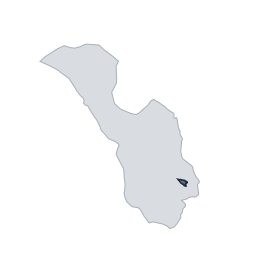 location of Kubulu pag., Balvu, Latvia, rotated 53°
{"feature_id": "27541924B35853557519757", "entity_name": "Kubulu pag.", "entity_type": "district", "adm_level": 2, "iso_a3": "LVA", "parent_name": "Latvia", "parent_adm1": "Balvu", "projection": "robinson", "projection_center": [27.241, 57.178], "detail": "fine", "context": "in_parent", "style": "filled", "palette": "slate", "viewbox_px": 256, "rotation_deg": 53, "n_neighbors": 0, "source": "geoboundaries", "source_scale": "gbopen_adm2", "svg_char_len": 3027}
<svg xmlns="http://www.w3.org/2000/svg" viewBox="0 0 256 256"><g transform="rotate(53 128 128)"><path d="M186.9,173.4L185.4,173.2L181.2,172.0L177.6,170.3L175.5,167.9L171.8,164.7L169.4,163.1L165.6,161.0L159.3,156.8L157.0,155.9L145.7,154.1L141.7,153.2L138.0,148.5L136.8,145.7L135.0,145.2L133.0,145.8L130.8,146.4L125.7,149.6L124.0,150.0L120.9,150.1L113.5,150.8L110.2,149.6L104.4,148.3L101.3,148.1L98.5,148.2L86.1,146.9L83.8,148.3L81.5,148.5L79.4,146.4L76.7,145.8L73.6,146.5L68.1,146.6L61.5,145.9L53.2,145.4L51.9,145.6L42.6,148.5L40.3,148.9L30.0,153.7L21.8,158.2L21.2,151.0L22.3,136.7L23.8,129.6L29.5,125.4L32.3,122.2L34.1,117.9L34.8,114.0L36.0,110.7L44.3,101.2L50.6,100.2L59.2,97.6L68.8,95.4L70.5,98.2L71.4,100.3L82.6,108.0L85.4,110.6L89.6,119.5L100.1,124.0L108.5,122.6L112.2,120.4L119.0,116.4L122.0,113.4L122.7,110.6L121.7,98.4L120.1,93.2L120.7,89.9L121.9,90.1L124.8,88.5L134.1,85.5L135.9,85.4L138.1,84.8L143.9,82.6L145.8,83.8L147.4,85.1L148.2,85.1L148.6,84.6L148.5,83.8L149.0,83.1L150.6,83.5L157.4,87.2L159.9,88.0L161.7,88.2L163.8,90.0L169.6,91.1L170.3,92.0L170.7,93.1L176.1,97.8L178.6,100.1L183.4,102.3L185.4,102.8L193.9,100.6L196.2,99.8L198.2,99.8L200.1,101.0L204.7,102.5L208.8,103.0L209.5,102.9L213.0,103.0L214.2,103.6L215.0,106.6L219.0,108.9L222.6,110.9L223.6,111.8L223.8,113.5L223.6,115.5L223.2,116.6L221.6,117.8L220.3,120.8L220.1,123.7L218.0,128.8L218.5,128.8L223.0,127.9L224.2,128.5L225.2,129.6L225.5,132.7L227.0,134.1L228.5,136.3L229.0,138.1L231.8,140.1L232.0,141.5L233.8,146.1L234.5,148.9L234.8,150.9L234.0,153.6L233.2,155.4L232.3,155.3L229.8,155.8L225.8,157.9L219.8,163.0L218.2,164.2L216.6,168.1L216.3,168.4L212.8,168.3L211.8,168.2L208.3,168.3L200.6,167.2L197.7,167.9L193.7,171.8L192.2,172.4L187.7,173.0L186.9,173.4Z" fill="#d9dde1" stroke="#a8b0b8" stroke-width="1"/><path d="M199.0,119.0L200.8,118.9L201.0,118.9L201.3,118.9L204.3,118.8L204.4,118.7L205.1,118.4L205.4,118.2L205.5,118.1L205.8,118.1L206.0,118.1L206.3,118.0L206.4,117.9L206.5,117.9L206.8,117.8L206.8,117.7L206.7,117.7L206.4,117.7L206.4,117.8L206.2,117.8L206.1,117.7L206.3,117.5L206.5,117.4L206.6,117.5L206.7,117.4L206.8,117.4L206.9,117.5L207.0,117.7L207.0,117.8L207.3,117.8L207.5,117.8L207.5,117.7L207.8,117.7L208.0,117.7L208.3,117.5L208.4,117.4L208.5,117.4L208.7,117.2L208.8,117.2L209.0,117.1L208.9,117.0L208.9,116.9L209.1,116.9L209.3,116.8L209.3,116.7L209.2,116.7L209.0,116.4L208.9,116.3L208.7,116.2L208.4,116.2L208.2,116.1L207.8,116.0L207.8,115.9L207.6,115.6L207.4,115.5L207.3,115.4L207.2,115.4L206.9,115.2L207.2,115.0L207.2,114.9L207.3,114.9L207.3,114.5L207.3,114.2L207.3,113.9L207.2,113.5L207.2,113.4L206.9,113.3L206.7,113.4L206.7,113.5L206.3,113.3L205.9,113.9L205.9,114.0L205.1,113.8L204.9,114.2L204.7,114.2L204.5,114.3L204.2,114.4L203.9,114.3L203.8,114.5L203.7,114.5L203.5,114.8L203.3,114.9L203.3,115.1L203.2,115.2L203.2,115.3L202.9,115.4L202.8,115.5L202.7,115.5L202.1,116.0L202.1,116.3L201.7,116.6L201.4,116.6L201.2,116.6L201.0,116.8L200.6,117.2L200.6,117.3L200.3,117.9L199.0,119.0Z" fill="#64748b" stroke="#1e293b" stroke-width="1.5"/></g></svg>